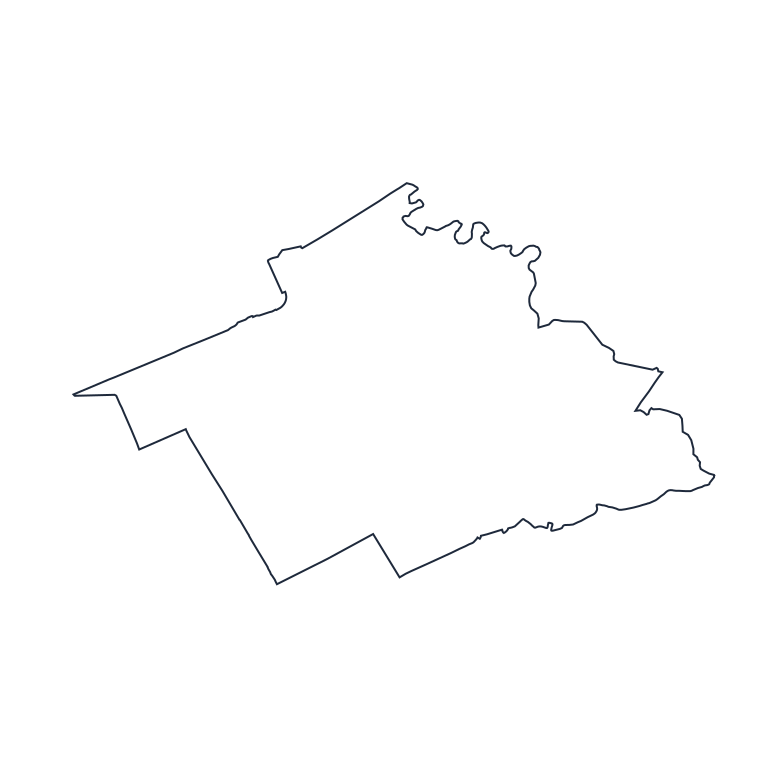 the district of Darmanesti, Dâmbovita, Romania, rotated 169°
{"feature_id": "2599482B65798609307970", "entity_name": "Darmanesti", "entity_type": "district", "adm_level": 2, "iso_a3": "ROU", "parent_name": "Romania", "parent_adm1": "Dâmbovita", "projection": "equal_earth", "projection_center": [25.758, 44.92], "detail": "fine", "context": "isolated", "style": "outline", "palette": "slate", "viewbox_px": 768, "rotation_deg": 169, "n_neighbors": 0, "source": "geoboundaries", "source_scale": "gbopen_adm2", "svg_char_len": 6114}
<svg xmlns="http://www.w3.org/2000/svg" viewBox="0 0 768 768"><g transform="rotate(169 384 384)"><path d="M690.8,433.0L690.1,431.8L689.7,431.4L650.6,424.8L649.6,424.1L649.0,423.4L647.1,414.8L645.9,410.6L644.6,404.4L640.8,387.4L637.8,372.8L636.8,366.4L587.2,377.5L587.0,376.2L585.1,369.0L570.2,328.3L563.0,309.9L552.0,278.9L551.9,278.4L551.6,278.2L551.4,277.9L546.1,262.8L545.9,262.5L545.5,261.5L545.6,261.2L545.0,259.3L543.9,256.0L543.5,254.9L539.2,243.0L533.2,226.7L533.3,226.6L533.1,226.1L533.0,225.4L532.8,224.4L531.7,221.2L531.3,218.9L530.4,217.2L528.5,212.6L528.1,210.7L527.3,207.9L472.7,223.2L423.3,238.8L405.6,191.2L398.9,193.6L392.8,195.2L378.7,198.5L350.1,205.4L341.6,207.7L335.2,209.2L331.0,210.4L327.8,211.0L326.9,211.3L326.1,211.7L323.6,213.5L322.0,214.8L321.5,215.5L319.5,213.8L318.5,214.9L317.9,216.1L317.8,216.5L311.6,216.8L295.9,218.5L295.7,217.8L295.9,217.3L295.7,216.5L295.4,215.7L295.3,214.9L295.5,214.7L293.5,215.3L291.8,216.2L290.1,217.7L289.8,218.5L288.4,218.8L287.4,218.7L285.5,218.8L282.7,219.3L276.5,223.1L276.0,223.5L273.7,224.8L273.0,224.8L272.4,224.4L272.0,223.8L270.6,222.4L269.1,221.2L266.7,218.4L265.4,216.4L264.5,215.4L264.1,214.7L263.4,214.2L263.0,214.1L259.9,214.6L258.3,214.5L257.0,214.2L255.4,213.5L252.3,211.7L251.5,211.5L250.9,212.0L250.5,212.8L250.1,214.1L249.5,215.3L249.3,215.9L249.1,216.3L248.4,216.3L246.2,215.3L245.5,214.8L245.4,214.1L245.6,213.9L245.7,213.2L246.9,211.0L247.8,208.8L247.6,208.1L247.1,207.9L246.2,207.8L239.0,208.2L236.9,208.7L236.6,208.9L235.4,210.4L234.7,210.8L234.0,211.0L233.0,211.0L228.9,210.3L225.2,210.0L220.2,211.3L216.7,212.0L209.5,214.4L203.7,215.9L201.9,216.7L201.0,217.3L200.0,218.3L199.3,219.2L198.8,220.1L198.5,221.4L198.5,222.6L198.6,223.1L198.4,223.7L198.4,224.5L198.0,224.9L196.6,224.8L195.4,224.5L192.8,223.3L191.0,222.8L188.4,221.5L187.1,220.6L183.4,219.3L179.7,217.3L178.3,216.3L177.3,215.7L174.8,215.2L170.8,215.0L162.6,215.1L156.6,215.5L153.2,215.9L149.2,216.2L148.2,216.4L146.1,216.5L139.6,218.0L137.7,218.8L133.6,221.0L130.4,222.4L127.4,224.3L126.0,224.9L124.8,225.2L123.4,225.2L122.7,225.1L120.9,224.6L120.3,224.3L117.6,223.4L114.9,222.9L109.3,221.5L103.8,220.4L102.2,220.5L101.4,220.8L95.6,222.0L91.6,222.3L90.1,222.8L88.5,223.2L85.8,223.1L84.3,223.4L83.8,223.7L83.4,224.4L83.0,225.0L77.9,229.4L77.7,229.9L77.6,231.0L77.2,231.2L77.4,231.8L81.9,234.0L87.0,238.1L89.3,240.2L89.7,243.5L88.7,246.9L90.4,249.8L90.6,252.3L93.7,256.0L92.6,261.4L93.1,270.2L95.2,276.0L99.9,280.1L99.0,286.0L98.2,293.0L100.0,297.3L111.2,303.7L118.1,306.8L124.6,307.8L126.1,309.3L128.4,307.5L130.2,304.0L132.1,303.7L134.5,306.9L137.4,309.3L142.3,309.7L135.3,317.1L125.4,326.1L117.9,333.7L113.1,338.3L108.4,342.4L112.3,344.1L112.4,346.7L113.3,347.8L117.6,346.8L150.3,360.5L152.3,362.1L153.8,364.0L153.3,367.3L152.3,369.4L152.5,372.7L156.3,376.5L162.2,380.9L173.8,403.5L175.7,405.9L177.5,407.3L195.1,411.2L197.1,411.8L200.9,413.5L203.9,414.3L205.2,414.4L206.9,413.7L210.8,410.9L221.6,409.9L221.3,412.4L219.6,418.9L220.0,423.8L222.9,427.7L225.0,430.2L225.8,433.3L225.7,436.9L225.1,440.0L224.4,442.0L221.5,446.4L219.7,448.1L216.7,451.8L215.8,454.1L215.8,463.7L216.2,465.0L219.3,468.5L219.8,470.2L219.4,472.7L218.0,474.7L216.9,475.8L215.7,476.2L214.1,476.0L212.4,476.1L208.5,478.4L206.2,481.1L205.3,483.5L205.6,485.0L205.9,485.7L206.1,487.4L207.2,489.2L208.4,489.6L209.7,490.7L211.2,491.4L212.3,491.4L214.0,491.7L215.6,491.6L218.3,490.7L220.6,489.6L222.0,488.3L222.7,487.3L224.0,486.5L227.1,485.2L229.1,484.7L230.8,484.7L231.9,484.9L233.1,486.1L233.9,487.1L234.5,488.2L234.6,489.3L234.6,490.6L234.1,491.3L233.3,492.3L232.9,493.6L232.7,494.8L233.1,495.6L233.7,495.7L235.1,495.7L236.5,495.5L238.4,495.8L238.8,496.1L238.9,496.6L239.4,497.1L241.8,497.4L243.4,497.4L246.6,496.9L249.2,496.3L250.6,495.8L251.9,496.0L252.5,496.3L253.3,497.8L255.6,499.6L259.2,503.3L260.4,505.2L260.7,506.9L260.7,508.8L260.2,510.0L258.1,511.0L257.3,511.8L256.7,513.4L256.3,513.7L255.5,513.5L254.4,512.7L253.7,512.4L253.2,512.5L252.5,513.0L252.2,513.7L252.4,514.6L253.7,518.1L254.7,520.0L255.6,521.4L256.9,523.0L258.7,524.1L260.6,524.5L263.3,524.6L265.0,524.3L265.9,523.8L266.9,520.7L268.1,518.5L268.9,516.5L269.0,514.8L269.8,511.3L270.3,510.4L271.0,509.7L271.8,509.6L274.6,507.9L275.8,507.4L278.2,506.8L279.5,506.7L280.1,507.1L283.4,507.7L284.4,508.5L285.1,509.8L285.3,511.3L286.1,512.1L286.5,512.9L286.5,514.9L286.0,516.8L284.4,519.4L283.6,520.0L282.3,520.2L281.8,520.7L281.3,521.5L278.7,523.8L277.6,525.2L277.2,525.9L277.4,526.5L278.0,526.6L279.8,528.5L280.0,529.6L280.9,530.2L283.3,530.3L284.8,530.2L288.3,528.4L290.0,527.8L290.7,527.6L293.2,527.3L294.1,526.9L298.9,525.5L301.1,524.9L302.5,524.8L303.9,525.3L307.5,527.4L311.5,529.5L312.2,529.7L312.5,529.4L312.6,528.9L314.1,527.3L314.9,525.6L315.6,524.6L316.9,523.6L318.3,523.1L319.2,523.5L321.6,525.8L323.2,527.9L323.9,529.8L330.3,534.9L331.4,536.1L333.3,539.5L334.4,542.1L334.0,543.7L333.4,544.0L332.9,544.7L330.9,544.9L328.7,544.2L327.7,544.3L326.3,545.6L325.6,546.7L324.3,547.7L318.8,549.8L316.9,550.3L314.7,550.3L312.6,550.8L311.8,551.3L311.1,552.8L311.5,554.2L312.3,556.1L313.6,557.7L314.4,558.1L315.9,557.7L317.1,556.7L318.0,556.2L322.1,555.9L324.3,556.7L324.0,557.9L324.0,560.9L323.7,563.1L323.0,564.2L322.4,564.7L321.3,564.9L317.3,567.1L314.5,568.2L313.6,569.0L313.7,570.1L314.4,571.0L315.4,571.8L317.1,573.5L318.2,574.3L323.4,576.8L331.9,573.3L333.9,572.6L341.5,569.7L354.2,564.3L405.3,544.7L421.6,538.7L438.3,532.9L439.3,533.8L439.5,535.0L451.7,534.7L458.3,534.8L462.1,531.3L464.0,529.1L469.0,528.9L471.5,528.5L474.0,527.7L474.5,527.0L474.3,525.1L473.8,523.5L466.6,492.8L463.4,493.4L463.2,491.8L463.2,489.5L463.3,488.1L463.7,486.7L464.1,485.5L464.9,484.0L465.9,482.6L467.0,481.4L468.5,480.2L469.8,479.3L471.2,478.6L475.2,477.3L475.6,477.2L476.3,477.7L478.7,476.9L480.2,476.5L482.7,476.4L493.4,475.0L495.2,475.4L496.3,475.5L499.8,474.7L500.0,475.7L501.1,475.9L504.8,475.1L507.6,473.6L515.5,472.3L516.0,472.1L516.6,471.4L517.5,470.5L519.1,469.6L519.9,469.3L522.7,468.6L524.2,468.1L526.8,466.7L552.7,461.5L574.6,457.3L584.2,454.8L647.7,441.9L652.8,441.0L690.8,433.0Z" fill="none" stroke="#1e293b" stroke-width="2"/></g></svg>